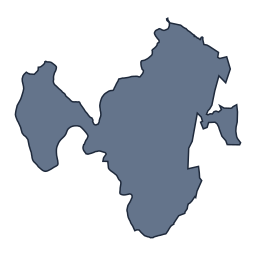 the district of Pungarabato, Guerrero, Mexico
{"feature_id": "50627088B37947281282101", "entity_name": "Pungarabato", "entity_type": "district", "adm_level": 2, "iso_a3": "MEX", "parent_name": "Mexico", "parent_adm1": "Guerrero", "projection": "natural_earth1", "projection_center": [-100.628, 18.344], "detail": "fine", "context": "isolated", "style": "filled", "palette": "slate", "viewbox_px": 256, "rotation_deg": 0, "n_neighbors": 0, "source": "geoboundaries", "source_scale": "gbopen_adm2", "svg_char_len": 5717}
<svg xmlns="http://www.w3.org/2000/svg" viewBox="0 0 256 256"><path d="M173.8,224.2L173.8,223.2L178.7,215.7L184.8,213.3L185.1,211.8L187.2,208.8L187.8,205.0L188.1,204.8L188.3,203.9L189.8,203.1L191.7,201.2L194.9,196.6L195.7,197.5L196.6,193.1L197.0,191.2L201.7,180.6L199.6,177.9L199.3,172.8L198.5,166.4L187.9,168.8L188.7,148.2L192.2,141.3L197.3,113.1L201.2,117.0L202.5,121.3L200.6,122.2L203.3,128.9L207.1,127.4L208.6,122.5L215.0,122.2L217.1,123.9L218.7,127.0L219.3,129.1L221.9,136.2L223.6,138.2L225.8,140.7L227.2,144.6L239.6,144.8L240.6,142.7L237.8,139.0L237.5,138.5L236.9,137.3L236.6,136.3L235.8,131.2L236.1,126.9L237.2,122.0L237.5,112.0L236.7,104.7L233.0,106.7L231.8,108.0L230.8,108.3L224.1,108.1L219.7,105.6L221.4,109.6L218.7,112.0L216.0,111.1L214.0,111.7L212.4,113.9L210.1,113.8L208.0,114.8L206.5,114.3L207.9,110.8L209.7,108.9L211.9,105.1L214.8,90.8L218.9,75.8L225.7,82.8L230.3,69.0L226.7,56.8L219.7,58.5L217.7,57.3L218.5,52.4L209.2,46.3L208.1,45.7L206.8,45.0L206.0,44.9L203.9,44.5L202.8,39.6L202.8,38.8L202.9,37.7L202.4,37.1L201.9,37.1L201.2,37.4L200.7,38.6L200.6,39.2L200.4,39.6L200.1,39.7L199.2,39.1L198.7,38.3L197.5,38.2L197.2,38.0L197.0,37.6L195.6,36.5L195.2,36.3L195.1,36.2L194.7,35.7L194.6,36.0L194.3,36.3L193.9,35.1L192.4,34.0L189.7,31.7L187.9,30.6L185.9,28.5L185.3,28.4L183.5,27.4L180.7,25.2L169.9,22.9L167.9,19.9L167.7,18.3L166.6,18.9L166.8,20.1L167.1,20.6L167.7,21.1L168.8,22.1L169.3,22.8L169.4,23.8L169.3,26.0L168.5,27.9L168.1,28.7L167.6,29.0L167.0,29.3L165.2,30.1L164.1,30.4L163.1,30.3L161.6,29.7L160.7,29.1L159.7,28.8L159.2,28.7L158.8,28.9L158.1,29.4L156.4,30.1L155.5,30.8L155.0,31.6L154.5,32.6L154.5,33.7L154.9,34.6L155.6,36.0L156.6,37.3L157.5,38.6L158.6,39.7L159.0,40.4L159.1,41.3L159.0,42.3L158.6,42.7L157.9,42.9L157.4,43.4L157.2,44.0L157.0,45.2L156.6,45.8L155.8,46.8L154.7,47.9L152.8,49.4L152.1,50.2L152.1,50.8L152.4,51.4L152.3,53.0L152.3,53.6L152.2,54.2L151.6,55.3L148.5,58.0L147.3,58.8L144.6,60.2L141.7,60.8L141.4,61.1L140.9,62.1L141.0,64.8L141.3,66.5L142.2,69.4L143.4,70.4L143.3,72.0L142.6,73.5L142.2,74.1L141.7,74.7L140.1,76.8L139.2,76.9L137.2,76.3L135.5,76.3L132.9,76.4L131.6,76.5L129.6,77.1L128.4,77.4L127.1,77.6L123.8,78.1L122.4,78.1L121.4,78.4L118.8,79.0L118.5,79.7L118.0,81.1L117.3,82.2L116.4,83.8L115.1,86.6L114.2,88.2L113.9,89.2L113.4,90.0L112.9,90.4L111.9,90.5L110.6,90.6L108.9,91.1L105.3,93.4L104.1,94.5L102.2,97.0L101.4,98.7L100.9,100.2L100.3,102.3L99.8,105.4L99.9,107.1L100.2,108.8L100.3,110.5L100.7,112.1L100.9,114.6L100.7,116.1L100.4,117.1L99.8,118.6L99.3,120.5L99.2,121.9L98.8,122.7L97.9,124.4L97.6,124.4L97.3,124.3L96.6,124.7L96.1,124.9L95.4,124.9L94.8,124.7L94.2,124.4L93.8,123.8L93.3,122.9L92.6,121.3L92.9,120.9L92.9,120.3L92.8,119.9L92.7,119.4L92.3,118.9L92.0,118.3L91.8,117.9L91.5,117.9L90.9,117.6L90.0,117.1L89.2,116.2L88.3,115.1L87.2,113.5L85.4,111.5L84.8,110.6L83.9,109.1L80.5,104.3L80.0,103.1L79.6,102.3L79.0,101.9L78.3,101.9L77.3,102.0L76.0,101.8L74.3,101.9L72.9,101.8L72.2,101.6L71.1,100.9L69.2,98.9L66.5,96.6L65.7,95.8L65.3,94.8L64.7,93.8L64.1,93.3L62.4,92.1L61.6,91.0L60.0,89.6L58.8,88.6L56.9,86.7L55.5,85.4L54.7,84.8L54.0,83.7L53.6,82.8L53.3,81.3L53.4,80.5L53.6,79.6L53.5,77.0L53.7,75.6L54.1,74.3L54.5,72.8L55.5,71.0L56.1,69.3L56.4,67.7L56.3,66.7L55.3,65.5L53.8,64.3L52.6,63.4L51.4,62.5L49.7,62.0L46.9,61.9L45.8,61.3L44.9,61.7L44.9,62.2L44.6,63.1L44.1,63.9L43.0,65.0L40.9,66.7L39.3,67.2L38.3,67.2L38.1,70.1L37.5,71.0L34.3,74.3L29.4,74.0L29.1,73.6L28.5,73.6L26.3,72.2L24.1,74.3L23.0,75.9L22.2,78.8L22.3,81.2L23.5,86.4L23.7,88.8L23.1,91.6L21.7,96.2L20.8,98.8L19.9,100.6L17.2,105.5L16.0,110.4L15.7,112.1L15.4,114.5L15.7,116.2L16.3,117.9L17.4,120.7L18.2,122.0L19.2,124.2L20.6,127.3L21.2,129.7L22.1,132.9L23.7,135.1L25.8,136.7L27.9,139.5L29.1,145.6L30.7,150.9L31.1,151.8L31.4,153.2L31.6,154.8L31.9,156.0L32.0,157.2L32.4,159.0L33.1,160.7L34.1,162.0L35.2,163.0L37.2,165.1L38.3,166.7L40.0,168.2L41.6,169.6L42.9,170.5L44.2,171.1L45.4,171.3L46.8,171.1L47.7,170.8L50.7,169.3L52.3,168.3L54.0,167.2L56.3,166.0L56.9,165.5L57.5,165.1L57.8,164.6L57.9,163.9L58.0,163.6L57.7,160.6L57.3,158.8L56.6,155.3L56.4,152.3L56.4,149.9L56.6,148.1L57.0,146.5L58.6,142.7L59.7,141.0L60.9,139.5L63.4,137.1L64.3,136.2L65.0,135.3L65.9,133.9L67.3,130.3L68.2,128.9L69.2,128.0L70.6,127.0L72.3,126.3L74.1,125.9L75.6,125.8L77.4,125.8L78.7,126.1L80.0,126.4L81.0,127.2L82.1,128.2L83.9,130.1L85.9,132.4L87.5,134.7L87.9,135.5L88.0,136.4L87.1,138.7L85.9,140.3L85.1,142.1L84.3,144.3L83.7,144.6L83.0,147.2L83.1,148.8L83.7,150.5L86.2,153.9L86.6,153.7L87.9,154.2L88.9,153.9L91.1,153.3L93.7,152.4L95.1,151.7L95.9,151.5L97.1,151.4L98.4,151.0L99.6,151.0L100.7,151.2L101.6,151.5L102.5,151.8L104.9,152.5L105.4,152.8L106.0,153.6L106.1,154.3L104.1,157.0L103.5,158.1L102.9,161.3L107.8,161.4L108.4,167.7L108.6,168.4L109.0,169.0L109.5,169.6L110.0,170.1L111.4,171.3L112.2,171.8L113.7,172.9L114.9,173.9L115.8,174.6L116.4,175.1L116.8,175.6L117.5,176.9L118.6,179.1L119.3,180.0L120.4,181.0L120.6,181.5L120.8,182.1L120.9,183.5L120.7,184.8L120.2,188.0L120.1,190.3L119.9,192.0L119.9,193.0L120.1,193.6L120.3,193.9L120.6,194.1L122.0,194.7L123.3,194.9L124.5,194.9L125.6,194.8L128.1,194.3L129.5,193.9L130.9,194.2L131.7,194.9L132.1,195.8L132.1,197.5L131.4,198.9L130.7,200.6L129.7,202.5L128.4,204.6L127.9,205.6L127.5,207.2L127.2,208.7L127.0,209.6L127.0,210.9L127.4,212.2L127.8,215.3L128.2,217.1L128.6,218.2L129.0,218.9L129.1,219.3L130.2,221.3L130.7,222.8L131.5,224.2L132.7,226.0L134.8,230.7L136.9,229.8L139.1,230.0L141.1,232.4L144.5,235.6L147.5,236.7L148.7,236.9L149.6,237.2L150.4,237.7L153.1,237.6L154.1,236.9L155.3,236.5L157.3,236.0L158.0,235.7L160.5,235.2L163.5,234.3L165.8,233.8L166.4,233.1L167.0,232.2L167.9,230.9L168.8,229.3L169.9,227.5L171.0,226.0L172.6,224.8L173.8,224.2Z" fill="#64748b" stroke="#1e293b" stroke-width="1.5"/></svg>